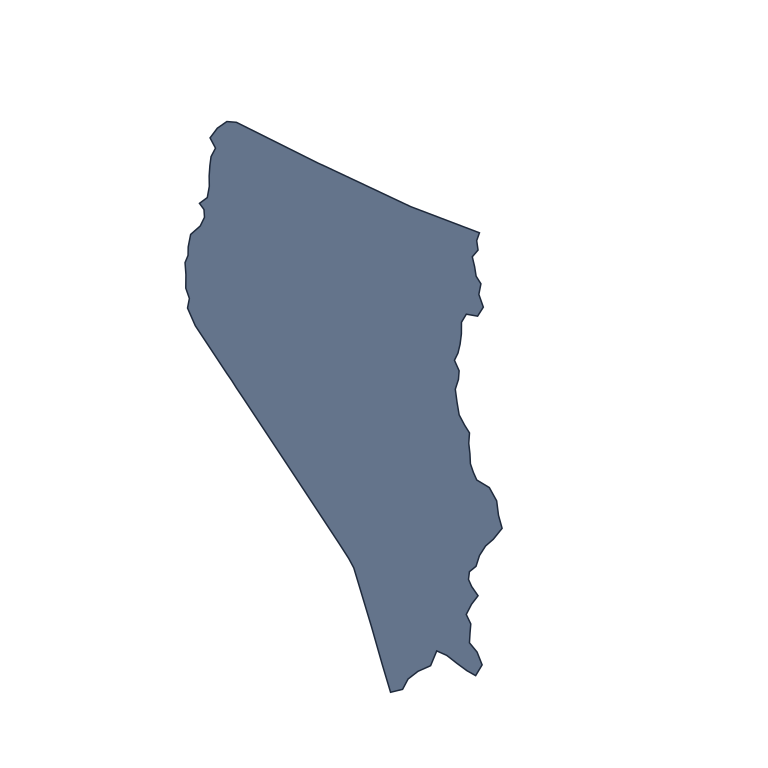 the district of Firmino Alves, Bahia, Brazil, rotated 156°
{"feature_id": "56859067B48990974542345", "entity_name": "Firmino Alves", "entity_type": "district", "adm_level": 2, "iso_a3": "BRA", "parent_name": "Brazil", "parent_adm1": "Bahia", "projection": "orthographic", "projection_center": [-39.914, -14.923], "detail": "fine", "context": "isolated", "style": "filled", "palette": "slate", "viewbox_px": 768, "rotation_deg": 156, "n_neighbors": 0, "source": "geoboundaries", "source_scale": "gbopen_adm2", "svg_char_len": 1328}
<svg xmlns="http://www.w3.org/2000/svg" viewBox="0 0 768 768"><g transform="rotate(156 384 384)"><path d="M503.4,99.7L491.2,97.5L482.0,104.7L469.8,107.7L456.0,107.7L444.4,118.7L437.1,110.6L431.1,99.3L424.9,88.4L418.9,80.3L408.6,87.5L408.0,101.3L411.2,112.8L406.7,121.5L402.3,129.5L402.6,140.0L393.6,147.2L384.2,152.3L386.3,163.3L386.3,171.1L382.3,177.8L374.1,180.0L366.5,188.5L357.1,194.7L347.3,197.7L334.8,204.1L332.8,217.5L328.6,231.4L329.9,246.5L338.3,258.6L338.3,267.0L337.5,276.0L333.9,285.2L330.7,295.3L325.8,304.5L327.1,313.7L327.9,325.2L324.7,337.6L321.0,350.2L314.1,357.9L310.0,365.5L310.0,377.0L303.8,382.2L298.3,389.4L292.9,398.3L288.1,408.9L280.4,414.3L270.9,407.9L262.0,413.8L260.9,427.3L254.7,436.1L256.0,445.0L253.5,454.3L251.6,464.3L243.6,468.1L241.0,477.3L235.3,483.3L287.4,535.1L343.2,599.8L348.6,606.1L354.3,612.5L412.4,683.1L420.8,687.7L432.2,685.5L442.8,679.6L442.0,668.0L449.5,662.1L454.2,654.4L459.1,645.2L463.2,635.6L469.6,626.2L479.1,624.1L477.5,616.6L480.2,609.3L487.6,603.1L499.8,599.3L507.1,588.9L510.7,581.2L516.4,575.8L520.5,564.4L526.1,552.2L527.0,541.3L532.6,533.3L532.7,514.0L528.2,487.1L523.3,457.6L521.7,449.2L520.4,440.1L518.5,429.4L505.9,353.7L502.5,333.2L489.7,255.4L487.2,239.0L486.4,228.3L494.2,167.0L499.7,128.4L503.4,99.7Z" fill="#64748b" stroke="#1e293b" stroke-width="1.5"/></g></svg>